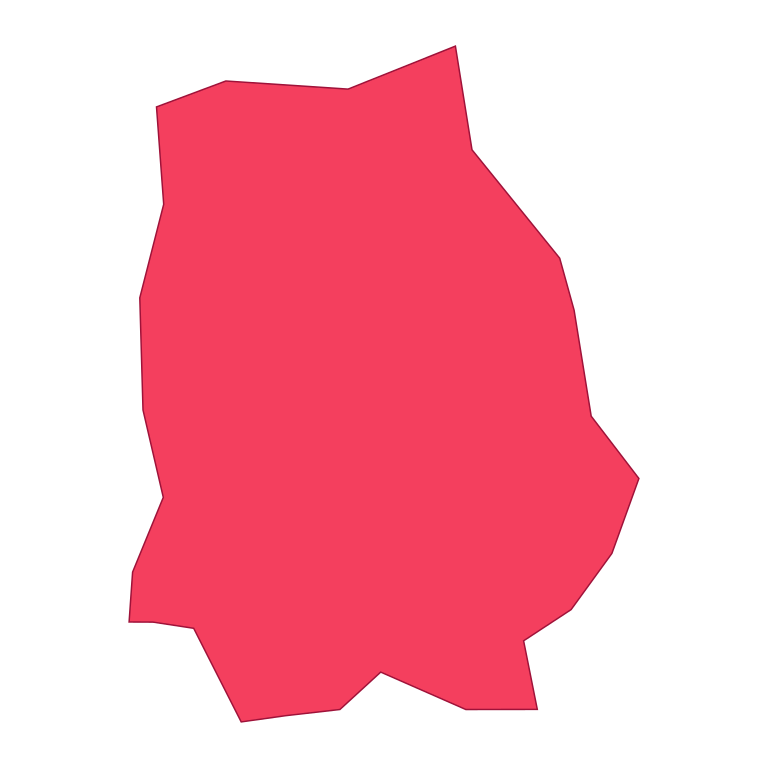 an SVG outline of Cesvaines
{"feature_id": "LVA-5785", "entity_name": "Cesvaines", "entity_type": "Municipality", "adm_level": 1, "iso_a3": "LVA", "parent_name": "Latvia", "parent_adm1": "", "projection": "orthographic", "projection_center": [26.276, 57.013], "detail": "fine", "context": "isolated", "style": "filled", "palette": "rose", "viewbox_px": 768, "rotation_deg": 0, "n_neighbors": 0, "source": "natural_earth", "source_scale": "10m", "svg_char_len": 452}
<svg xmlns="http://www.w3.org/2000/svg" viewBox="0 0 768 768"><path d="M455.4,46.1L472.0,149.8L559.7,258.2L574.1,310.2L591.2,416.2L638.9,478.5L611.9,553.4L571.1,609.6L523.6,640.8L537.3,709.4L465.8,709.5L380.7,672.1L339.9,709.5L285.5,715.7L241.2,721.9L193.7,628.3L152.9,622.1L129.1,622.0L132.6,572.1L163.3,497.4L143.0,410.0L139.8,297.8L163.7,204.3L156.5,106.9L225.8,81.0L348.0,89.1L455.4,46.1Z" fill="#f43f5e" stroke="#9f1239" stroke-width="1.5"/></svg>